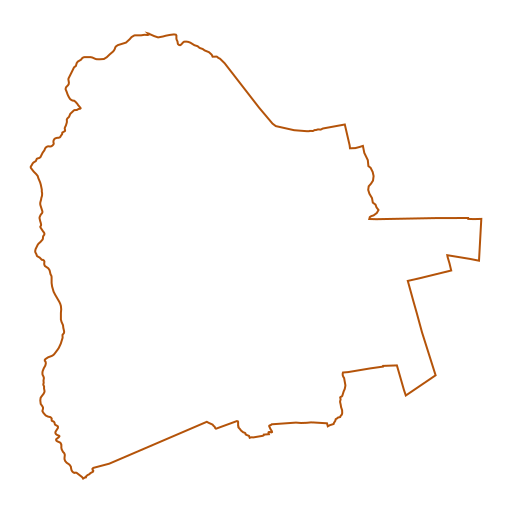 outline of Filipestii De Padure, Prahova, Romania
{"feature_id": "2599482B38308442740550", "entity_name": "Filipestii De Padure", "entity_type": "district", "adm_level": 2, "iso_a3": "ROU", "parent_name": "Romania", "parent_adm1": "Prahova", "projection": "equal_earth", "projection_center": [25.71, 44.993], "detail": "fine", "context": "isolated", "style": "outline", "palette": "amber", "viewbox_px": 512, "rotation_deg": 0, "n_neighbors": 0, "source": "geoboundaries", "source_scale": "gbopen_adm2", "svg_char_len": 5735}
<svg xmlns="http://www.w3.org/2000/svg" viewBox="0 0 512 512"><path d="M82.4,477.4L83.1,478.6L84.7,477.6L86.7,477.2L85.6,476.9L87.5,475.1L89.4,474.2L90.3,473.2L92.9,471.8L93.1,471.4L93.3,470.8L93.1,470.3L92.6,469.9L92.4,468.9L93.3,467.9L109.2,463.7L206.8,421.8L208.6,422.8L212.6,424.6L213.5,425.8L214.6,426.7L215.3,428.2L216.0,428.7L236.8,421.1L237.8,421.3L238.1,421.9L238.1,425.5L238.1,425.8L238.5,426.3L238.3,427.0L238.5,427.5L240.0,429.1L241.0,430.5L243.2,432.3L244.8,432.8L245.3,433.2L245.5,433.5L245.6,434.4L246.2,434.8L249.0,435.9L249.7,437.8L251.2,437.3L253.4,437.4L262.8,435.8L263.7,435.3L263.8,434.6L268.9,434.2L268.5,432.9L268.5,432.3L268.7,432.1L269.7,432.0L271.4,432.4L272.0,432.1L271.9,431.3L270.5,429.1L269.2,426.3L269.2,425.8L269.5,425.5L271.1,424.9L271.7,424.3L295.9,422.6L301.1,423.0L306.8,422.8L310.9,422.4L313.9,422.5L327.0,423.3L327.8,426.3L329.8,425.2L333.6,424.0L334.0,422.8L335.3,420.8L335.7,419.2L337.2,418.3L337.9,417.6L340.2,417.0L340.8,415.6L341.7,414.8L342.1,413.7L342.2,412.9L342.1,410.2L341.1,407.2L340.7,404.7L340.1,402.1L340.1,401.3L340.6,399.4L340.2,397.4L340.5,397.0L341.8,396.4L342.3,395.8L343.7,391.3L344.7,389.1L345.3,386.2L345.4,385.3L344.1,378.0L343.2,376.6L342.7,375.1L342.7,373.5L343.0,372.5L348.1,372.1L370.2,368.4L383.0,366.6L383.1,365.9L396.9,365.4L403.9,389.8L405.8,395.5L435.6,375.3L422.0,332.3L416.8,313.2L413.3,300.9L407.8,280.9L420.6,278.0L451.2,270.5L449.5,263.4L447.6,257.0L447.3,255.2L469.9,258.9L479.0,260.7L481.3,218.9L473.8,219.1L468.2,218.9L468.1,218.0L434.4,218.1L376.4,219.2L369.3,219.0L369.8,217.1L371.3,216.1L373.6,215.4L376.8,213.0L378.5,210.0L376.5,207.4L375.5,204.6L372.8,202.6L372.0,198.1L369.4,193.7L368.2,189.9L368.7,186.3L371.0,183.7L373.0,180.6L373.6,176.1L372.7,172.0L370.6,167.8L368.4,166.1L367.8,160.1L364.3,152.9L362.9,145.9L359.5,147.0L355.3,148.1L350.0,148.3L349.6,145.2L344.8,124.5L322.9,128.5L320.7,129.6L318.0,129.4L316.1,130.0L314.6,130.1L312.9,131.0L309.9,130.9L309.0,131.2L306.8,131.2L294.1,130.2L275.8,126.1L272.5,123.6L259.1,107.7L224.6,63.2L220.3,59.0L219.8,58.6L218.3,57.9L217.5,57.1L216.7,56.6L212.6,56.7L211.7,54.7L209.0,52.2L204.6,50.4L202.7,49.0L199.8,48.0L199.2,47.6L197.6,46.2L194.4,45.2L190.4,42.7L188.3,41.9L186.2,41.6L184.1,41.7L183.1,42.4L181.3,44.4L180.4,45.1L179.5,45.1L178.9,44.9L178.0,44.1L177.8,43.6L177.5,41.5L176.6,39.6L176.4,38.6L176.4,35.5L175.9,34.7L174.0,34.4L170.0,34.9L165.8,35.7L163.0,36.5L158.1,37.4L154.2,36.1L149.9,34.2L149.1,33.7L148.0,33.4L148.8,34.2L148.8,34.6L147.8,35.0L144.4,34.8L141.3,35.3L134.9,35.3L134.0,35.6L131.5,37.1L129.7,39.2L126.0,42.6L117.9,45.1L116.1,46.3L115.3,47.3L114.8,48.9L114.0,50.4L113.0,51.6L109.7,54.4L106.8,57.2L103.9,59.0L99.4,59.3L96.5,59.2L95.4,58.9L92.3,57.5L90.4,57.1L85.0,57.1L84.0,57.2L82.6,57.8L82.0,58.4L81.0,59.7L77.8,61.6L76.7,63.1L75.9,65.9L74.0,67.4L72.1,71.3L68.6,78.3L68.4,79.0L68.4,79.6L68.9,82.5L68.7,84.1L68.1,85.1L66.1,87.2L65.7,88.3L65.6,89.3L66.7,91.9L67.6,94.5L68.6,96.6L69.9,98.8L70.8,99.6L72.0,100.3L73.1,100.7L73.9,100.6L75.3,101.6L77.3,103.8L78.1,105.1L80.5,107.9L80.6,108.3L80.2,108.7L78.5,109.0L76.8,110.0L74.5,110.1L73.9,110.4L70.3,113.8L69.0,116.9L67.5,118.3L67.0,119.1L66.8,119.6L66.9,121.5L66.8,122.5L65.9,125.5L65.0,127.3L64.7,128.3L65.1,130.3L64.9,131.1L62.4,132.5L62.2,132.9L62.2,133.8L62.1,134.2L61.0,135.6L60.3,136.9L59.7,137.4L58.4,137.8L57.4,137.8L56.3,138.0L55.1,138.5L54.5,138.9L53.7,140.2L53.5,140.9L53.4,142.0L53.7,143.3L53.7,143.8L53.4,144.5L52.3,145.7L51.0,146.4L50.0,146.5L48.6,146.3L47.7,146.4L46.6,146.9L45.7,147.6L45.0,148.7L44.4,150.3L42.7,152.6L40.4,157.2L39.2,158.0L37.7,158.4L36.8,158.8L35.8,161.1L33.5,162.5L32.6,163.5L31.6,165.4L30.8,166.5L30.7,167.1L30.9,168.0L31.3,168.5L33.7,171.6L36.2,174.1L37.7,176.0L38.4,178.3L40.1,182.3L40.8,184.7L41.8,189.6L41.8,191.6L42.1,193.1L42.1,194.3L42.0,195.8L41.3,198.1L41.1,199.5L40.3,202.4L40.2,203.9L40.4,205.1L42.4,211.4L42.4,212.2L42.1,213.1L40.8,214.6L40.1,216.0L39.6,217.2L39.5,218.0L40.1,220.8L40.8,223.1L41.1,224.7L41.0,225.5L40.3,226.7L40.5,227.5L43.2,231.6L44.0,232.5L44.4,233.5L44.3,234.7L43.3,236.0L43.0,237.0L42.9,238.7L42.6,239.5L40.6,241.8L38.5,243.7L37.7,244.8L35.6,249.1L35.3,250.4L35.2,251.6L35.4,252.4L36.5,254.5L36.8,255.6L37.2,256.2L39.7,257.6L41.7,259.7L42.1,259.9L43.0,259.9L44.0,260.6L44.4,261.5L44.2,264.0L44.4,264.9L44.9,266.0L48.3,268.3L49.6,270.3L50.5,274.2L51.3,275.7L51.5,276.3L51.6,277.6L51.6,283.0L52.1,286.5L53.6,291.7L55.2,294.8L59.4,302.0L60.3,304.0L60.9,306.0L61.2,309.4L60.9,312.9L60.9,319.6L61.5,321.8L63.0,325.2L63.3,327.8L64.1,331.3L64.1,332.2L63.9,333.1L62.5,334.9L62.6,337.8L60.8,343.6L58.8,347.9L57.6,349.7L54.5,353.8L53.5,354.9L51.9,355.9L48.1,357.3L45.4,359.1L44.8,359.9L44.8,360.8L45.5,361.6L45.6,362.0L45.8,363.0L45.8,363.6L45.3,365.6L43.8,368.2L43.1,370.0L42.6,371.3L42.4,372.9L42.5,374.6L43.5,376.6L43.9,378.0L43.5,380.7L43.7,382.9L43.4,383.8L43.3,384.5L43.5,385.3L43.9,386.0L44.1,386.8L44.0,388.3L44.5,390.9L44.5,391.8L43.7,393.6L41.2,396.9L40.6,397.9L40.3,400.4L40.7,403.9L42.4,406.3L43.0,407.5L43.0,408.7L42.4,411.0L42.6,411.5L43.5,413.0L45.7,415.5L48.0,416.6L50.3,417.1L51.2,417.8L51.7,418.6L51.6,420.0L51.8,420.7L52.3,421.1L53.4,421.4L54.2,422.1L54.5,422.7L54.8,424.1L55.1,424.7L57.7,426.2L58.0,426.9L57.9,428.0L55.6,431.6L55.4,432.3L55.4,433.0L55.8,433.9L56.4,434.5L57.4,435.1L59.0,435.7L59.4,436.1L59.4,436.4L58.7,437.3L56.3,439.1L56.1,439.6L56.1,440.0L56.5,440.8L57.4,441.4L60.0,442.5L60.7,443.2L61.3,444.5L61.2,444.7L61.4,445.8L61.3,447.6L61.7,449.4L63.0,451.9L64.1,453.0L64.7,454.3L64.8,455.2L64.5,457.9L64.5,459.1L65.1,460.9L66.6,462.7L69.0,464.3L69.9,465.2L70.9,466.8L71.0,467.9L71.5,470.1L72.1,471.2L72.7,471.9L73.6,472.6L74.1,472.6L74.4,472.9L75.9,472.6L76.7,472.9L81.5,476.6L82.4,477.4Z" fill="none" stroke="#b45309" stroke-width="2"/></svg>